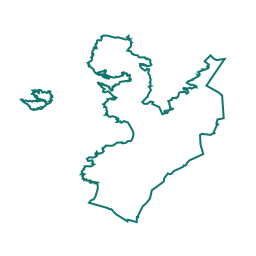 Sola nor, Rogaland, Norway, rotated 354°
{"feature_id": "86288312B13640802673877", "entity_name": "Sola nor", "entity_type": "district", "adm_level": 2, "iso_a3": "NOR", "parent_name": "Norway", "parent_adm1": "Rogaland", "projection": "natural_earth1", "projection_center": [5.581, 58.887], "detail": "fine", "context": "isolated", "style": "outline", "palette": "teal", "viewbox_px": 256, "rotation_deg": 354, "n_neighbors": 0, "source": "geoboundaries", "source_scale": "gbopen_adm2", "svg_char_len": 5706}
<svg xmlns="http://www.w3.org/2000/svg" viewBox="0 0 256 256"><g transform="rotate(354 128 128)"><path d="M224.2,128.3L225.0,105.4L221.5,101.9L210.4,94.1L231.3,69.4L223.0,69.7L220.7,68.1L217.6,64.4L211.2,69.7L215.0,73.4L213.3,75.1L214.6,75.4L214.5,76.6L211.4,77.9L208.5,77.6L209.1,78.2L203.5,79.8L205.0,81.9L204.6,83.0L203.3,83.2L203.8,83.8L202.8,83.0L203.2,84.0L197.2,86.4L197.5,86.8L193.1,87.7L191.2,89.1L194.5,91.6L196.9,91.8L200.3,93.6L200.5,94.8L198.7,94.2L195.2,95.6L194.2,94.4L191.4,95.0L187.5,94.0L187.1,94.7L187.7,95.6L189.1,95.4L191.1,96.9L191.8,98.7L191.4,99.2L189.9,100.0L188.9,98.0L183.4,97.9L182.5,98.4L180.8,102.5L178.8,102.8L178.8,103.4L175.4,102.7L174.6,103.7L174.8,104.3L170.8,105.5L171.9,107.2L171.5,108.5L172.4,111.8L171.8,112.3L172.0,113.0L175.5,113.8L170.7,114.5L168.6,117.3L167.3,116.9L167.3,115.6L166.7,115.2L167.3,114.8L166.1,114.9L165.8,117.4L163.6,117.9L161.3,110.6L154.7,106.6L155.7,104.9L153.0,104.0L149.7,106.0L146.7,105.7L144.9,103.7L150.5,99.0L151.2,99.2L150.5,98.9L150.9,99.0L151.2,97.5L154.8,92.6L153.6,89.6L154.9,89.0L153.6,88.8L154.7,88.0L155.1,85.7L154.4,84.9L155.1,84.4L155.7,81.6L155.0,80.4L155.4,78.7L153.8,75.5L155.1,71.8L152.9,71.4L152.8,72.1L150.9,72.7L147.8,70.0L146.5,67.7L146.6,66.4L148.8,66.8L147.9,65.8L149.8,66.1L149.7,66.8L150.7,66.7L151.2,67.5L152.2,67.2L153.0,68.7L157.0,68.1L157.9,67.5L156.8,65.1L157.4,63.2L156.8,62.2L154.2,61.6L154.3,60.9L152.8,60.9L152.4,59.6L146.1,58.8L145.3,56.8L142.1,56.1L140.0,54.8L140.3,54.5L139.5,54.0L139.0,52.2L135.7,51.1L136.6,50.6L136.4,49.7L139.4,47.2L139.9,43.6L140.7,43.4L139.6,42.3L139.7,41.3L139.0,40.6L139.5,40.1L138.3,40.3L138.2,36.5L136.7,37.6L137.7,38.0L137.9,39.5L135.1,39.8L127.5,36.7L125.2,37.0L117.1,34.0L113.3,33.5L110.9,34.5L111.4,35.4L110.4,38.0L106.9,37.5L106.1,38.5L105.8,40.8L104.7,41.0L104.2,42.2L104.6,43.1L103.8,43.7L104.9,44.1L105.1,45.5L102.2,45.0L101.8,46.9L100.6,47.9L100.4,50.0L101.3,50.4L101.1,51.8L100.1,51.5L100.4,52.7L98.7,53.9L99.6,54.9L99.0,57.0L94.7,59.0L95.7,60.0L95.2,61.1L96.1,61.6L95.5,62.2L95.7,62.9L97.0,63.2L99.9,66.2L100.2,68.2L101.9,70.4L104.7,72.3L108.3,72.3L109.0,73.2L108.1,73.7L108.3,74.4L111.6,76.1L114.0,76.9L114.5,76.4L113.7,74.7L109.7,73.4L108.1,71.9L105.8,71.8L104.1,69.7L109.2,68.9L110.2,69.8L110.8,68.1L112.0,68.4L111.9,69.5L110.3,71.3L111.9,73.1L117.9,76.1L120.7,76.4L121.5,75.6L123.3,76.3L127.5,75.4L127.8,73.5L127.2,72.7L128.1,73.7L127.9,72.4L129.7,72.2L130.0,73.5L128.6,73.8L132.2,73.4L133.6,75.3L131.8,76.0L135.4,75.7L134.6,79.2L135.9,79.7L135.6,81.1L134.5,81.3L134.8,81.0L134.7,79.6L134.6,80.9L124.9,81.3L123.3,83.7L120.0,83.5L119.9,84.8L118.1,84.7L117.9,85.8L116.9,85.6L116.6,88.9L115.1,89.0L114.4,86.7L113.7,86.7L113.6,85.0L113.1,84.7L113.6,84.5L112.2,84.6L110.0,82.9L109.3,83.2L106.8,80.9L105.6,81.3L103.6,79.7L102.9,79.9L103.7,81.8L106.2,83.3L105.6,83.6L106.0,84.6L108.9,86.9L107.4,87.9L106.9,89.3L108.7,90.1L112.3,89.5L117.0,95.1L116.4,95.9L117.3,95.2L118.4,95.9L116.9,96.0L119.5,96.8L117.7,98.3L116.7,97.4L116.3,98.1L114.9,97.8L115.1,96.8L110.6,97.3L111.1,98.1L110.5,98.9L108.8,99.6L107.7,100.7L107.8,101.3L105.9,101.8L107.0,103.0L106.5,104.7L108.2,104.8L108.8,106.0L108.2,107.6L109.0,109.3L108.1,110.6L108.8,110.7L108.9,111.9L107.2,112.6L108.6,112.9L110.5,115.0L113.7,114.7L116.8,115.9L117.8,117.2L117.5,117.3L117.2,117.6L117.5,117.4L117.9,117.3L117.5,117.9L118.5,118.1L117.8,118.5L118.3,119.3L117.6,119.8L118.3,119.7L117.5,120.8L121.2,120.6L121.3,121.5L122.0,121.7L121.3,121.6L122.1,122.1L124.8,120.7L128.5,122.5L132.6,131.6L132.8,135.3L131.3,139.1L129.3,141.4L126.6,141.0L125.0,142.3L121.7,142.8L120.5,142.4L120.5,141.6L115.6,141.5L111.4,143.8L109.4,143.9L104.0,143.2L103.1,144.4L100.7,145.2L100.4,145.8L101.1,146.3L100.6,146.9L101.5,148.5L100.1,149.7L97.1,150.6L95.3,149.8L95.5,150.6L94.6,150.8L93.9,150.0L95.3,149.6L94.4,148.4L93.8,149.7L92.8,150.0L92.8,150.8L94.2,152.5L93.6,152.9L90.5,153.8L86.3,153.1L83.9,154.4L84.8,156.6L89.1,156.5L89.6,158.3L88.5,159.6L90.5,160.6L87.4,162.3L81.0,161.5L80.9,162.7L79.6,163.7L80.0,164.4L77.4,166.4L77.3,167.8L78.3,168.4L76.9,169.2L79.6,169.6L77.5,171.2L78.4,173.1L77.7,173.7L79.3,174.4L79.1,175.2L81.2,174.7L81.3,176.0L83.9,176.1L84.6,177.5L84.3,177.9L85.0,178.4L85.3,177.6L84.4,176.9L85.2,176.4L86.6,177.6L85.5,178.2L86.0,178.5L88.1,178.1L91.8,179.1L90.1,179.8L91.7,180.2L91.9,183.1L91.3,186.0L88.4,192.8L86.5,195.3L83.6,196.1L81.4,198.3L99.5,205.5L101.2,206.9L103.0,207.0L106.8,212.3L117.7,220.8L118.2,219.1L126.8,222.5L127.5,217.5L128.7,217.8L129.0,215.9L134.4,207.5L138.4,204.6L142.5,200.4L145.2,192.4L157.9,185.1L158.9,181.6L162.8,177.4L164.9,178.4L166.9,177.7L168.9,175.7L178.6,172.4L179.6,171.0L180.7,171.5L181.9,171.0L182.8,169.1L185.8,166.6L200.1,161.8L198.4,152.2L198.9,142.4L200.7,141.5L209.5,143.5L212.3,142.0L213.3,142.4L213.6,142.0L213.0,140.8L216.4,135.0L217.9,133.8L216.3,133.0L217.9,128.9L224.2,128.3ZM40.2,80.8L37.6,80.8L39.0,81.8L38.2,82.1L38.7,82.8L37.2,82.9L36.1,84.1L37.7,84.5L38.7,87.1L39.8,85.9L40.8,86.8L41.3,88.4L40.1,88.5L41.0,89.7L40.0,90.8L41.5,90.9L41.9,89.9L41.5,89.8L42.1,89.5L48.3,91.9L48.3,92.7L44.7,91.5L41.1,92.1L36.3,91.1L35.5,91.8L33.2,90.5L32.1,91.3L29.3,89.9L27.6,90.6L26.0,88.6L24.7,88.6L26.8,91.2L31.2,94.4L31.4,95.6L32.5,96.2L33.0,98.6L36.1,100.3L36.8,100.1L35.9,99.4L36.3,99.3L38.4,100.1L39.0,99.5L39.5,100.1L41.0,99.5L41.0,98.6L41.5,98.6L42.6,100.0L44.5,99.8L44.9,99.1L44.3,98.2L45.7,98.6L48.5,96.8L49.2,94.8L48.1,93.0L49.2,93.5L49.9,96.0L53.3,94.8L53.9,94.0L52.5,93.2L55.1,92.4L54.0,90.8L55.5,89.8L55.2,89.3L55.7,89.1L54.9,88.3L55.8,87.9L53.5,84.7L54.6,83.8L53.9,83.1L52.5,83.2L52.9,83.9L51.1,84.7L48.6,83.3L46.5,83.9L45.4,81.3L43.0,80.8L42.5,81.1L43.3,82.5L42.9,84.0L42.3,83.5L42.3,82.5L40.8,82.1L40.2,80.8Z" fill="none" stroke="#0f766e" stroke-width="2"/></g></svg>